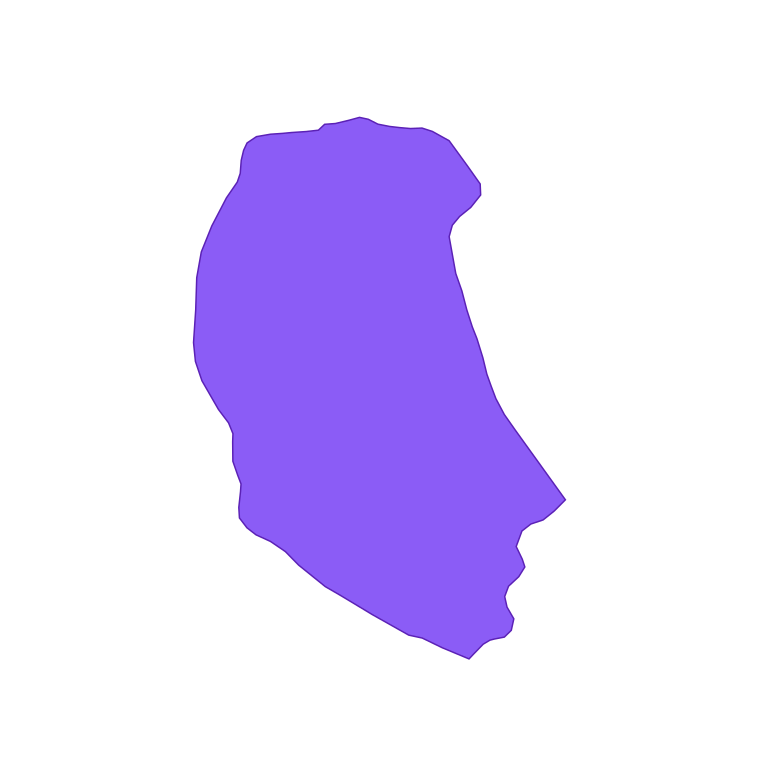 Djouori-Agnili, Haut-Ogooué, Gabon (orthographic projection), rotated 144°
{"feature_id": "22940354B21948278538135", "entity_name": "Djouori-Agnili", "entity_type": "district", "adm_level": 2, "iso_a3": "GAB", "parent_name": "Gabon", "parent_adm1": "Haut-Ogooué", "projection": "orthographic", "projection_center": [13.959, -1.472], "detail": "fine", "context": "isolated", "style": "filled", "palette": "violet", "viewbox_px": 768, "rotation_deg": 144, "n_neighbors": 0, "source": "geoboundaries", "source_scale": "gbopen_adm2", "svg_char_len": 1275}
<svg xmlns="http://www.w3.org/2000/svg" viewBox="0 0 768 768"><g transform="rotate(144 384 384)"><path d="M476.8,111.6L470.5,112.8L456.7,115.2L448.9,114.5L444.6,112.8L435.4,108.5L425.8,109.9L417.0,117.7L415.6,131.2L411.3,141.1L402.1,147.2L388.2,148.9L377.6,153.2L375.1,161.0L372.6,174.8L358.8,184.0L347.5,184.4L335.1,180.5L320.9,181.2L305.3,183.7L304.9,269.8L304.6,288.6L302.1,306.4L298.5,319.5L295.0,331.5L288.6,347.1L282.2,365.9L279.0,378.3L273.4,395.4L266.3,413.5L261.0,431.2L244.7,464.9L235.4,472.3L224.4,475.1L209.9,475.9L194.7,480.1L188.6,489.3L188.3,511.3L188.3,542.5L196.4,559.9L202.8,568.7L212.4,575.1L220.6,582.2L228.0,589.0L236.2,597.8L241.1,607.4L247.1,614.1L257.4,618.0L270.2,623.3L279.4,629.0L287.9,627.9L298.6,634.0L311.0,641.8L318.8,646.4L329.0,652.8L341.8,659.1L353.1,659.5L360.2,655.6L368.0,648.9L376.5,638.9L384.0,633.6L402.1,627.2L414.1,621.2L430.4,613.1L454.2,598.2L473.0,580.1L492.8,554.6L513.8,529.4L523.3,513.1L529.4,493.6L532.9,460.6L532.6,443.9L535.4,432.6L540.4,426.2L551.7,410.3L556.0,396.1L558.4,387.2L563.4,381.2L574.0,369.5L579.7,360.6L579.4,348.2L576.2,337.2L568.4,323.4L562.3,306.4L559.5,287.6L550.6,254.6L543.2,237.9L529.0,204.3L511.6,166.3L502.4,156.0L491.8,136.2L476.8,111.6Z" fill="#8b5cf6" stroke="#5b21b6" stroke-width="1.5"/></g></svg>